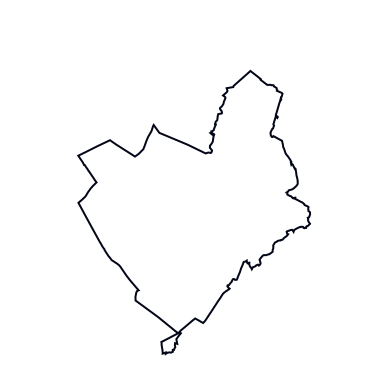 Xochitepec, Morelos, Mexico (Robinson projection), rotated 46°
{"feature_id": "50627088B57245332476204", "entity_name": "Xochitepec", "entity_type": "district", "adm_level": 2, "iso_a3": "MEX", "parent_name": "Mexico", "parent_adm1": "Morelos", "projection": "robinson", "projection_center": [-99.225, 18.765], "detail": "fine", "context": "isolated", "style": "outline", "palette": "ink", "viewbox_px": 384, "rotation_deg": 46, "n_neighbors": 0, "source": "geoboundaries", "source_scale": "gbopen_adm2", "svg_char_len": 5889}
<svg xmlns="http://www.w3.org/2000/svg" viewBox="0 0 384 384"><g transform="rotate(46 192 192)"><path d="M247.0,101.5L247.2,102.0L245.3,101.5L242.4,100.5L241.9,100.5L241.7,100.9L241.6,101.3L241.6,101.7L240.5,101.1L240.6,100.7L239.2,100.2L239.3,99.6L238.6,99.4L237.2,99.0L236.3,98.8L233.2,98.3L229.8,98.0L228.9,97.7L224.3,95.5L223.3,95.3L222.9,95.1L222.7,94.9L221.3,93.9L220.4,93.3L219.7,92.9L217.7,91.7L216.1,92.2L211.7,93.6L210.2,94.0L208.4,94.6L208.5,95.1L208.5,95.6L208.3,96.0L208.0,96.3L207.6,96.3L207.2,96.1L206.3,96.1L205.6,95.7L204.9,95.0L204.2,94.7L203.4,93.4L203.1,92.5L202.7,91.1L202.6,90.9L202.4,90.5L202.5,90.2L202.6,89.9L202.6,89.5L202.0,88.5L201.2,86.8L199.9,86.5L198.1,83.3L195.9,79.3L196.6,79.3L198.0,79.2L197.6,78.3L197.6,78.2L194.9,78.3L193.6,75.9L188.3,66.6L187.9,65.2L187.7,64.5L187.4,64.9L186.6,63.6L185.8,62.2L186.1,62.1L184.2,58.6L183.0,58.6L180.2,59.8L178.4,60.5L178.4,60.2L178.2,60.0L177.8,59.9L177.4,59.9L177.0,59.7L176.2,59.0L175.9,58.9L175.5,59.0L175.0,59.2L173.7,59.5L172.9,59.7L171.8,59.2L171.3,59.7L170.4,60.7L170.0,60.8L169.6,60.9L167.2,63.5L159.4,64.7L158.7,64.7L158.6,64.1L145.5,65.9L145.5,67.0L144.6,88.4L145.2,89.4L144.3,90.7L141.4,95.0L143.9,96.2L144.4,97.8L144.1,102.6L146.7,102.2L147.6,102.6L149.2,106.3L150.5,108.3L151.1,110.8L151.1,113.7L152.1,114.3L153.9,114.4L155.5,115.0L156.2,116.0L154.2,119.0L155.3,120.8L157.8,123.8L158.0,126.3L159.2,128.3L159.9,127.9L160.3,128.8L160.5,128.9L160.7,129.7L162.2,132.9L162.5,133.1L162.5,134.1L162.4,135.4L161.8,135.9L162.3,136.6L162.8,136.8L163.2,136.7L162.9,137.3L162.4,137.5L162.3,137.8L165.2,137.5L165.2,136.8L165.5,136.1L166.1,136.1L166.4,136.8L166.8,137.6L168.8,140.3L169.9,141.6L170.4,142.6L170.9,144.5L171.2,146.9L172.6,148.4L176.0,148.7L176.5,149.4L176.9,150.2L177.0,151.4L175.7,152.2L174.9,153.0L173.7,155.4L154.9,162.3L126.8,174.4L117.2,173.0L117.6,174.3L119.9,178.5L120.3,179.7L121.3,183.1L121.6,184.3L121.9,185.3L123.4,188.9L126.3,194.8L127.4,197.3L127.6,203.6L126.9,208.4L121.7,209.6L114.3,211.4L104.6,213.7L97.8,215.0L93.3,228.4L89.8,239.6L86.9,248.6L95.4,250.1L97.3,250.8L97.5,250.9L97.9,250.4L99.6,250.7L102.0,251.2L102.7,251.2L104.2,251.6L107.7,252.1L110.8,252.7L112.7,253.0L115.8,253.6L118.8,254.0L118.8,258.5L119.1,262.7L119.6,265.0L119.8,266.5L121.1,271.2L121.2,271.7L121.2,276.0L121.1,277.8L121.0,279.4L120.9,281.2L142.1,287.1L164.1,293.1L164.9,293.2L170.3,294.6L172.1,294.7L172.9,295.2L173.0,295.2L174.1,295.4L174.4,295.4L175.3,295.7L179.8,296.5L180.1,296.6L180.7,296.7L181.3,296.6L185.2,297.1L186.6,296.8L187.3,296.6L191.9,295.6L192.7,295.5L194.3,295.3L196.4,295.5L207.0,297.3L212.6,297.9L225.7,298.7L225.2,299.9L225.1,300.8L226.1,302.6L228.3,305.7L230.3,307.4L230.8,308.0L258.8,303.2L279.8,300.7L284.0,300.1L280.1,313.4L278.6,318.2L279.7,318.9L280.2,319.4L280.9,320.1L281.5,320.5L283.6,322.0L285.5,323.2L285.9,323.7L287.0,324.5L287.9,325.4L288.4,324.2L289.2,322.3L290.2,323.3L290.6,321.3L291.8,319.5L293.0,318.7L293.2,317.8L293.6,316.7L292.8,316.1L292.2,315.5L293.1,314.6L292.5,313.6L292.0,311.8L290.2,310.6L289.0,309.2L291.0,308.1L287.1,305.6L286.9,305.0L286.2,301.1L286.0,299.1L285.9,298.1L284.2,298.3L283.9,298.3L283.8,296.5L284.4,288.1L284.7,283.2L284.8,281.3L285.2,277.6L287.7,276.8L294.0,275.0L293.8,271.9L290.9,258.9L288.7,249.3L288.0,245.7L286.7,240.4L286.8,239.4L286.7,239.1L287.1,235.8L287.3,235.2L287.7,232.6L287.7,232.1L286.3,232.3L285.8,232.1L285.0,232.2L284.3,232.0L283.9,231.2L284.5,230.5L284.6,229.7L284.2,227.6L284.1,225.6L283.8,225.2L283.3,223.7L283.2,222.9L283.9,222.2L285.2,222.0L285.4,221.8L285.9,220.9L286.1,220.9L286.2,220.7L285.9,219.9L284.1,216.1L282.9,213.1L281.0,209.7L280.0,207.1L279.3,205.6L278.4,203.8L278.3,203.4L279.3,201.4L279.4,200.3L280.9,201.4L281.2,201.3L281.5,201.3L281.9,201.5L282.7,199.8L282.9,199.9L283.3,200.7L283.7,201.2L284.6,201.4L285.7,202.0L287.8,202.2L289.1,202.6L288.4,200.7L289.5,197.8L289.4,197.5L289.3,197.2L289.8,195.6L290.1,195.0L291.4,195.0L291.5,193.8L291.2,192.5L290.6,191.9L289.9,191.7L289.1,191.1L287.7,190.5L287.4,189.5L287.1,187.2L287.1,186.4L287.0,185.7L287.0,185.2L287.1,184.6L287.4,184.0L288.0,183.5L288.4,183.2L289.0,182.4L289.6,181.0L289.9,180.4L290.3,180.0L290.7,178.4L291.0,175.5L289.7,174.2L289.2,173.0L288.0,171.6L286.9,170.8L286.0,167.6L286.8,164.7L286.7,164.3L287.7,162.7L288.0,162.0L288.4,161.9L288.4,161.5L288.5,161.3L288.5,161.1L288.7,160.7L288.8,160.6L289.1,160.3L289.1,160.0L289.2,159.9L289.1,158.7L289.0,158.2L289.1,156.8L289.5,154.6L289.2,152.2L288.3,152.6L286.3,151.5L286.3,151.0L287.8,147.8L287.9,147.4L288.9,146.1L289.0,146.1L291.2,146.6L291.0,146.2L290.9,145.9L290.4,145.5L290.5,144.0L291.1,141.7L292.0,139.0L292.5,138.6L292.7,137.8L293.4,137.0L293.9,136.7L294.2,136.4L295.3,136.7L296.1,136.4L296.3,135.2L296.7,135.2L297.1,134.9L296.4,133.6L296.3,133.4L296.5,133.0L296.9,132.1L296.9,129.3L296.8,129.1L296.0,129.1L294.0,128.7L293.3,128.4L293.0,128.2L292.7,127.7L292.2,127.2L291.7,127.1L291.5,126.9L291.0,126.7L291.1,126.3L291.2,125.8L291.4,125.4L291.4,124.9L290.9,124.2L290.2,122.7L288.6,121.2L286.4,121.4L285.9,120.8L284.8,120.1L284.5,119.7L284.1,119.1L284.0,118.8L283.5,118.6L283.4,118.6L283.0,118.7L282.4,118.9L279.8,120.0L279.4,120.0L278.3,119.8L278.3,119.7L277.0,119.8L275.5,120.1L274.8,120.5L272.8,121.1L272.5,121.2L267.1,123.1L267.1,122.6L268.0,121.7L267.9,121.6L267.1,122.5L266.9,123.6L266.4,123.8L264.6,123.7L264.1,123.7L261.3,124.9L260.1,125.2L259.8,125.0L258.6,123.7L258.1,124.1L258.1,123.7L258.4,122.6L258.4,122.3L258.0,121.3L258.3,120.7L259.5,118.5L259.8,117.8L259.9,116.8L260.0,116.3L260.1,116.2L260.1,114.3L260.2,113.4L260.1,112.9L260.1,112.7L260.0,111.7L259.9,111.3L259.7,110.6L259.5,110.2L258.9,109.7L258.7,109.4L257.9,108.7L257.7,108.7L257.1,108.0L255.8,107.1L254.7,106.5L254.3,106.2L253.4,105.8L252.2,105.0L251.2,104.2L250.4,103.6L249.7,103.1L249.3,102.9L248.7,102.4L248.2,102.0L247.6,101.8L247.3,101.9L247.2,101.5L247.0,101.5Z" fill="none" stroke="#020617" stroke-width="2"/></g></svg>